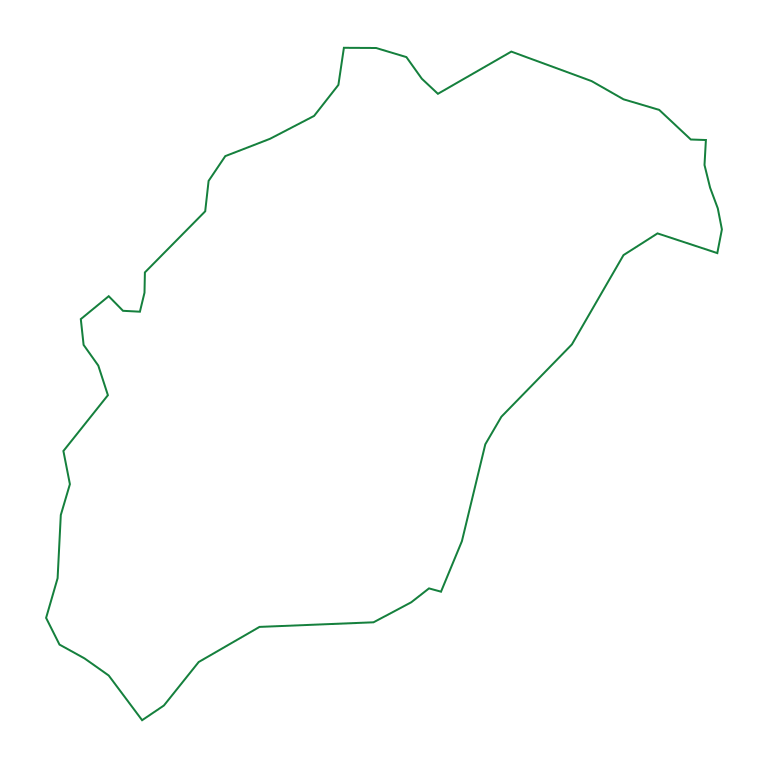 outline of Rutana
{"feature_id": "BDI-2634", "entity_name": "Rutana", "entity_type": "Province", "adm_level": 1, "iso_a3": "BDI", "parent_name": "Burundi", "parent_adm1": "", "projection": "orthographic", "projection_center": [30.114, -3.886], "detail": "fine", "context": "isolated", "style": "outline", "palette": "green", "viewbox_px": 768, "rotation_deg": 0, "n_neighbors": 0, "source": "natural_earth", "source_scale": "10m", "svg_char_len": 780}
<svg xmlns="http://www.w3.org/2000/svg" viewBox="0 0 768 768"><path d="M705.9,140.0L704.5,165.0L710.1,187.7L717.8,208.4L721.9,229.4L717.3,253.1L657.5,233.4L623.5,255.1L571.9,344.4L501.4,416.7L485.3,444.3L461.9,541.2L441.0,591.7L440.4,591.5L429.0,588.4L411.2,602.3L373.5,622.3L259.5,626.9L198.7,662.0L163.9,705.5L142.1,720.2L108.7,675.5L84.5,658.4L59.5,644.6L46.1,617.9L57.6,578.2L60.8,515.0L69.9,484.2L63.4,451.0L107.9,395.2L98.3,365.6L83.6,344.9L80.8,319.1L108.7,296.2L123.0,310.8L139.9,311.7L144.5,292.7L144.9,272.4L205.2,211.3L208.6,180.9L225.3,156.1L270.0,138.8L314.1,115.9L338.4,84.9L343.9,47.8L376.1,48.0L406.4,57.1L421.8,78.7L437.9,93.8L511.3,51.6L591.6,81.1L623.5,99.3L659.2,109.9L690.8,139.5L705.2,140.0L705.9,140.0Z" fill="none" stroke="#15803d" stroke-width="2"/></svg>